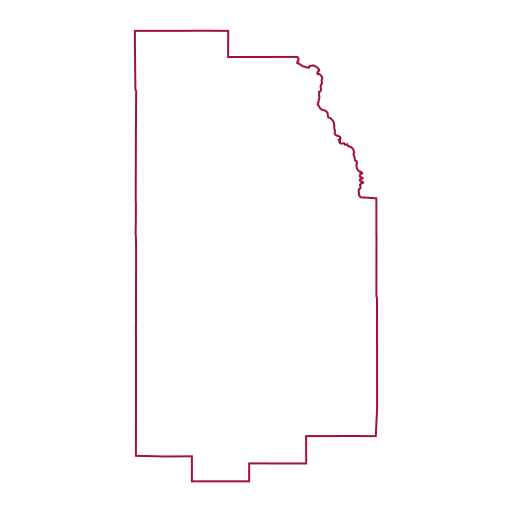 Teton, Wyoming, United States of America (Equal Earth projection)
{"feature_id": "52423323B3751484868396", "entity_name": "Teton", "entity_type": "district", "adm_level": 2, "iso_a3": "USA", "parent_name": "United States of America", "parent_adm1": "Wyoming", "projection": "equal_earth", "projection_center": [-110.362, 43.951], "detail": "fine", "context": "isolated", "style": "outline", "palette": "rose", "viewbox_px": 512, "rotation_deg": 0, "n_neighbors": 0, "source": "geoboundaries", "source_scale": "gbopen_adm2", "svg_char_len": 2791}
<svg xmlns="http://www.w3.org/2000/svg" viewBox="0 0 512 512"><path d="M136.0,397.1L135.9,455.8L164.3,456.5L191.9,456.3L191.9,481.3L249.1,481.3L249.2,463.4L306.2,463.5L306.1,436.1L354.2,436.0L368.1,436.1L375.8,436.1L377.1,408.6L377.0,298.2L376.4,296.2L376.5,237.2L376.4,233.0L376.4,204.6L376.3,198.3L360.7,197.3L359.9,196.6L359.4,195.1L358.8,194.9L358.8,193.9L359.1,192.7L358.6,191.9L358.8,190.9L358.8,189.4L360.2,188.6L360.5,187.4L360.5,186.2L360.0,185.7L360.2,184.5L361.3,183.7L363.1,182.7L362.5,181.6L361.4,182.2L360.3,181.2L359.8,179.6L360.9,179.0L361.3,179.2L362.6,178.1L361.1,177.1L359.8,176.4L360.1,174.5L361.0,174.2L362.2,173.3L361.7,172.5L360.8,171.8L360.3,172.2L358.4,170.7L357.1,168.8L356.4,166.0L356.9,162.8L356.8,161.3L355.3,160.6L354.7,158.5L354.5,156.6L353.4,154.3L354.2,152.5L353.2,149.1L350.7,146.8L348.5,146.4L347.5,145.1L347.3,144.3L345.8,144.8L344.8,144.6L344.7,144.0L344.1,143.2L341.4,143.6L340.1,143.1L339.3,142.0L339.2,140.8L339.8,140.8L340.0,141.1L340.0,140.6L339.6,140.1L339.4,139.9L339.5,139.9L339.9,139.6L340.0,139.4L340.3,139.5L340.4,139.3L340.4,139.0L340.4,138.8L340.5,138.8L340.6,139.1L340.6,138.6L340.3,138.3L340.2,138.2L340.4,138.1L340.4,137.8L340.2,137.5L340.0,136.8L338.8,136.2L337.0,135.7L335.5,134.8L334.9,133.7L334.6,132.4L335.1,131.2L334.6,129.5L334.4,128.4L334.2,126.8L334.3,125.5L334.0,123.9L333.9,122.7L333.4,121.5L332.6,120.3L331.4,119.2L330.8,118.4L329.5,117.8L328.4,117.5L327.9,116.3L327.9,115.5L327.7,114.1L327.6,113.1L326.7,111.8L326.0,111.0L324.8,110.6L324.0,110.3L323.2,110.1L322.2,109.9L321.4,109.2L320.6,108.7L319.7,107.7L319.2,106.3L318.5,105.6L317.5,104.2L317.8,103.0L318.5,102.5L318.5,101.0L319.2,98.7L319.4,97.2L319.1,95.3L319.2,94.0L319.1,93.0L318.9,92.1L319.2,91.7L319.7,91.5L320.1,91.5L320.7,90.9L320.9,90.3L321.1,89.5L320.9,88.6L320.6,86.7L320.6,85.9L321.2,84.5L322.0,83.4L322.0,82.6L321.6,81.2L321.8,80.2L321.8,79.2L322.3,78.2L322.0,76.9L321.0,75.6L319.8,74.4L318.8,73.9L318.1,74.2L317.5,73.9L317.2,73.4L317.3,73.0L317.6,72.3L317.9,71.7L318.2,71.1L318.7,71.0L319.3,70.3L319.1,69.5L317.7,68.0L316.0,66.7L314.2,65.7L312.8,65.4L312.0,65.7L310.6,65.8L309.6,65.9L309.1,66.7L309.1,67.4L308.9,67.5L308.5,67.8L308.1,67.7L307.3,67.6L305.9,67.1L304.2,66.5L302.2,66.1L300.9,64.9L299.8,64.2L298.7,63.7L297.3,63.1L297.3,61.9L298.2,61.4L298.5,58.6L297.5,56.9L260.4,57.0L228.1,57.0L228.2,40.8L228.2,30.9L201.4,30.7L174.9,30.9L155.7,30.9L148.0,30.9L134.9,30.9L134.9,43.8L135.4,89.6L136.2,91.0L136.1,102.3L136.1,103.0L136.0,122.0L135.9,128.7L135.7,200.5L135.9,203.7L135.8,220.0L135.8,220.6L135.8,220.8L135.6,233.5L136.0,239.8L136.1,245.0L136.1,247.6L136.1,268.6L136.0,297.8L136.0,325.8L135.9,325.9L135.9,327.3L136.0,338.1L136.0,338.8L136.0,339.1L136.0,340.3L136.0,347.2L136.0,371.2L136.0,397.1Z" fill="none" stroke="#9f1239" stroke-width="2"/></svg>